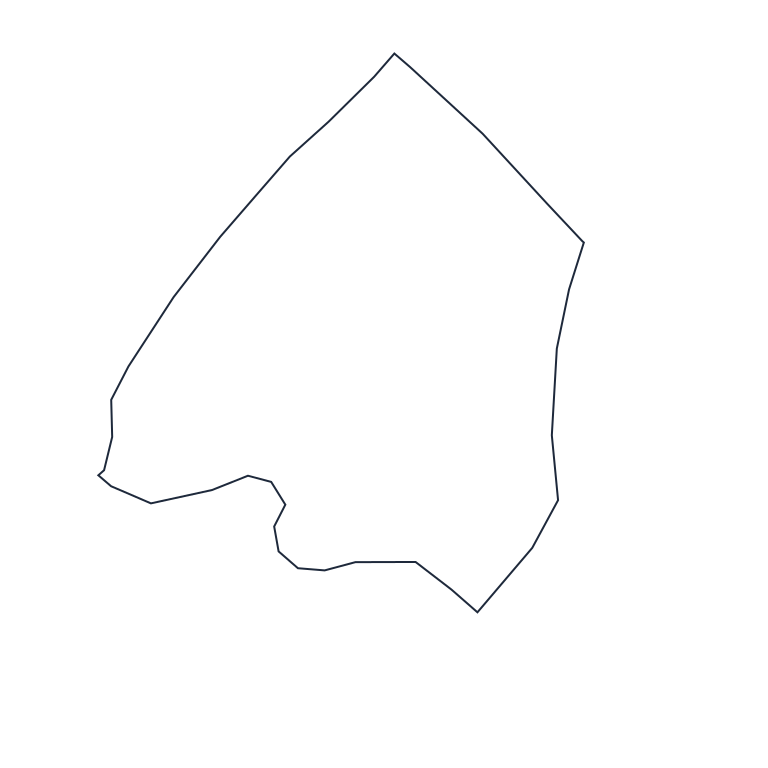 the border of Zrnovci, rotated 221°
{"feature_id": "MKD-2924", "entity_name": "Zrnovci", "entity_type": "Statistical Region", "adm_level": 1, "iso_a3": "MKD", "parent_name": "North Macedonia", "parent_adm1": "", "projection": "albers", "projection_center": [22.41, 41.829], "detail": "fine", "context": "isolated", "style": "outline", "palette": "slate", "viewbox_px": 768, "rotation_deg": 221, "n_neighbors": 0, "source": "natural_earth", "source_scale": "10m", "svg_char_len": 610}
<svg xmlns="http://www.w3.org/2000/svg" viewBox="0 0 768 768"><g transform="rotate(221 384 384)"><path d="M326.0,621.9L306.4,576.8L276.8,524.1L223.7,455.4L176.4,410.5L164.6,357.6L163.7,273.0L198.2,273.1L243.4,270.4L288.7,230.8L306.5,204.4L328.1,188.5L353.7,188.5L373.4,204.4L379.3,228.2L404.9,236.1L426.5,225.5L444.2,191.2L481.6,141.0L522.9,127.8L539.7,127.7L538.7,135.3L554.4,165.7L579.5,193.1L588.4,229.6L599.8,311.6L604.2,387.7L604.3,442.2L604.3,493.9L597.9,545.6L593.0,609.4L593.0,640.2L572.3,640.3L473.8,637.6L379.2,627.1L328.0,621.9L326.0,621.9Z" fill="none" stroke="#1e293b" stroke-width="2"/></g></svg>